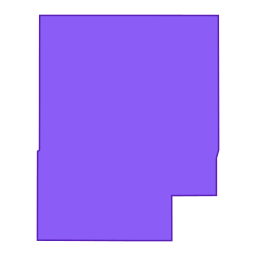 Mayes, Oklahoma, United States of America
{"feature_id": "52423323B2664588316143", "entity_name": "Mayes", "entity_type": "district", "adm_level": 2, "iso_a3": "USA", "parent_name": "United States of America", "parent_adm1": "Oklahoma", "projection": "albers", "projection_center": [-95.237, 36.292], "detail": "fine", "context": "isolated", "style": "filled", "palette": "violet", "viewbox_px": 256, "rotation_deg": 0, "n_neighbors": 0, "source": "geoboundaries", "source_scale": "gbopen_adm2", "svg_char_len": 380}
<svg xmlns="http://www.w3.org/2000/svg" viewBox="0 0 256 256"><path d="M134.4,240.6L165.2,240.6L171.8,240.6L171.7,195.6L216.4,195.4L216.4,165.6L216.4,157.9L218.6,150.1L218.6,135.2L218.3,15.5L143.9,15.4L84.4,15.4L39.7,15.4L39.6,60.3L39.6,97.1L39.6,100.0L39.5,150.2L37.6,151.3L37.5,180.2L37.4,240.2L69.0,240.3L134.4,240.6Z" fill="#8b5cf6" stroke="#5b21b6" stroke-width="1.5"/></svg>